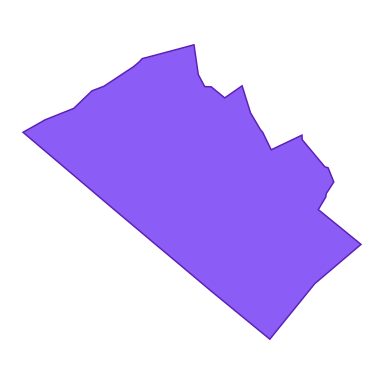 Lehigh, Pennsylvania, United States of America (orthographic projection)
{"feature_id": "52423323B14765757601451", "entity_name": "Lehigh", "entity_type": "district", "adm_level": 2, "iso_a3": "USA", "parent_name": "United States of America", "parent_adm1": "Pennsylvania", "projection": "orthographic", "projection_center": [-75.565, 40.603], "detail": "fine", "context": "isolated", "style": "filled", "palette": "violet", "viewbox_px": 384, "rotation_deg": 0, "n_neighbors": 0, "source": "geoboundaries", "source_scale": "gbopen_adm2", "svg_char_len": 560}
<svg xmlns="http://www.w3.org/2000/svg" viewBox="0 0 384 384"><path d="M104.0,86.2L92.0,90.8L73.7,108.4L45.3,119.7L23.0,132.3L114.9,210.2L153.9,243.0L174.2,260.0L211.9,291.7L242.0,316.4L269.8,339.2L314.8,283.6L361.0,244.4L318.3,209.6L325.8,197.0L326.2,193.7L333.8,182.0L328.1,167.8L324.8,166.8L302.2,139.7L302.0,135.1L293.0,139.4L280.4,145.4L271.2,149.8L262.7,132.3L260.4,129.6L250.5,112.8L242.1,85.8L224.7,97.9L211.2,86.8L204.7,86.6L198.3,74.6L194.0,44.8L142.2,58.6L139.4,61.7L133.9,66.4L104.0,86.2Z" fill="#8b5cf6" stroke="#5b21b6" stroke-width="1.5"/></svg>